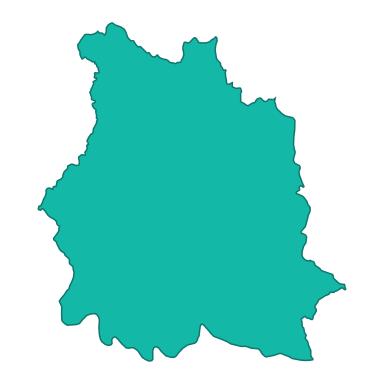 Phu Yen, Son La, Vietnam (Natural Earth projection)
{"feature_id": "81297802B22446045808118", "entity_name": "Phu Yen", "entity_type": "district", "adm_level": 2, "iso_a3": "VNM", "parent_name": "Vietnam", "parent_adm1": "Son La", "projection": "natural_earth1", "projection_center": [104.682, 21.225], "detail": "fine", "context": "isolated", "style": "filled", "palette": "teal", "viewbox_px": 384, "rotation_deg": 0, "n_neighbors": 0, "source": "geoboundaries", "source_scale": "gbopen_adm2", "svg_char_len": 5780}
<svg xmlns="http://www.w3.org/2000/svg" viewBox="0 0 384 384"><path d="M100.4,339.0L101.8,341.7L105.4,344.5L108.6,345.4L111.0,344.8L112.0,343.6L111.8,339.3L113.1,337.7L114.1,337.0L115.9,337.2L118.6,339.9L121.6,343.6L126.2,347.9L128.9,348.2L132.0,347.6L134.2,348.1L137.8,350.7L142.4,357.5L145.5,359.5L148.9,361.0L151.7,360.7L152.8,359.3L152.7,350.6L153.7,347.8L155.1,346.9L157.0,346.9L159.0,348.3L160.9,350.9L165.8,355.8L171.1,357.3L174.1,357.3L176.1,356.1L178.2,353.2L183.0,348.1L187.6,345.0L194.8,343.1L196.2,341.9L197.3,340.2L197.8,338.1L199.0,336.0L200.1,326.7L201.0,324.4L202.6,324.2L203.8,325.2L207.3,329.0L211.3,333.9L213.9,336.4L220.7,338.9L227.1,341.6L230.9,343.9L241.2,346.4L246.4,346.4L250.9,348.1L258.4,348.8L260.1,350.5L262.1,353.8L264.8,356.3L266.1,356.9L273.8,355.4L278.9,353.6L280.8,353.4L288.7,356.5L292.3,358.5L300.0,360.0L305.2,360.5L310.3,360.2L312.8,359.7L312.9,358.8L312.2,358.2L310.8,355.7L310.8,350.7L308.5,345.1L307.6,341.4L305.4,338.7L305.4,337.6L306.2,335.2L304.6,332.9L303.7,328.1L302.8,327.3L302.0,325.2L302.1,323.5L301.9,321.7L301.4,320.4L301.4,318.9L304.7,316.3L307.1,318.1L309.3,318.4L310.9,319.4L312.2,319.5L312.8,318.7L313.3,315.8L314.8,313.8L316.3,310.9L316.3,309.6L314.8,306.9L314.8,306.2L317.7,302.1L318.5,300.0L325.2,295.7L328.9,294.3L330.0,292.4L334.1,292.2L335.1,291.4L336.7,290.9L341.7,287.8L342.4,287.9L344.3,289.4L345.2,289.7L345.7,289.0L345.0,287.3L344.5,284.4L342.0,284.3L339.5,283.7L338.4,282.8L333.7,278.5L333.1,275.7L332.6,274.5L321.9,270.8L320.6,269.7L319.7,268.4L315.1,265.3L314.6,263.5L313.6,261.7L311.4,261.1L310.7,260.5L310.1,260.4L309.0,261.0L306.5,260.5L304.8,259.7L302.8,257.4L302.0,255.6L302.1,252.0L302.7,249.3L303.7,246.1L305.8,242.9L306.6,237.0L305.8,235.4L304.7,234.5L301.4,233.3L301.3,231.6L301.8,230.6L305.1,226.9L306.0,224.5L308.5,214.6L309.9,211.8L310.2,208.1L309.6,206.6L307.8,204.5L306.8,201.3L304.5,198.1L302.7,196.3L298.9,194.4L297.0,193.9L296.1,192.9L296.8,191.7L299.3,190.3L299.6,189.8L299.2,187.5L299.8,186.3L301.0,185.7L303.1,187.1L303.7,187.0L303.9,186.3L302.1,182.4L299.4,174.9L298.9,172.2L299.2,170.7L299.9,169.3L300.2,167.9L299.9,166.4L299.2,165.5L294.8,163.3L293.5,160.7L293.6,158.2L295.0,153.4L295.1,151.7L294.4,149.5L293.5,144.5L293.8,136.9L294.7,129.9L294.9,121.8L294.9,120.7L294.2,119.2L292.5,117.6L285.4,116.0L282.1,113.8L277.3,109.2L276.1,107.2L275.3,103.3L274.5,101.9L275.2,98.2L273.7,99.4L272.4,99.6L268.8,99.2L267.0,101.0L265.8,101.7L264.3,101.3L262.6,100.2L261.1,98.4L260.0,98.0L258.9,98.3L257.3,99.0L256.3,100.0L255.1,102.1L254.4,102.7L252.3,103.1L248.1,105.7L246.7,105.4L244.0,103.4L241.0,102.0L240.7,100.3L240.6,93.2L241.6,91.7L240.7,88.6L240.3,88.1L239.6,88.0L236.0,88.4L232.5,86.9L232.2,86.0L232.4,82.7L228.7,84.3L227.7,84.3L227.1,83.9L226.6,83.0L226.4,80.2L225.6,76.8L225.6,75.3L225.2,72.9L225.9,70.3L225.6,69.9L224.5,70.2L223.1,69.8L222.3,67.8L221.0,66.4L220.3,63.2L219.7,62.3L217.3,60.0L216.4,58.0L215.1,49.9L215.9,44.3L216.8,41.9L217.1,40.4L216.6,37.4L215.6,36.9L214.4,38.2L213.2,39.1L212.1,39.5L209.4,41.9L206.4,42.8L203.1,43.0L198.9,42.7L196.1,38.4L194.9,37.7L194.4,37.8L193.2,38.6L189.5,42.5L188.1,43.0L185.5,42.2L184.6,42.3L184.1,42.7L183.0,46.5L182.9,49.7L183.5,51.6L183.8,54.6L182.7,58.2L181.6,59.6L180.9,61.9L180.2,62.3L177.5,62.5L175.7,63.6L172.5,62.8L170.8,62.8L169.4,62.0L167.8,60.4L165.9,59.5L163.5,59.2L160.3,58.0L159.1,57.1L157.4,55.0L155.0,56.9L153.2,56.9L152.0,56.4L150.8,55.2L149.2,52.8L148.7,52.7L147.6,53.2L146.5,52.6L140.8,46.9L139.8,46.5L138.5,47.0L137.7,46.6L135.3,43.9L133.9,41.3L133.4,40.8L130.8,40.8L127.9,37.8L125.7,31.8L124.3,29.3L120.8,27.0L114.8,24.8L112.8,23.1L111.6,23.0L110.1,23.7L108.3,24.9L107.5,26.0L106.4,27.9L106.1,32.3L105.8,33.2L104.6,35.1L102.1,33.1L99.3,33.0L97.8,31.3L96.6,32.5L94.8,33.7L92.0,34.5L90.9,34.7L87.9,34.4L85.0,34.5L80.7,40.2L79.4,42.7L77.8,44.7L78.1,48.1L78.8,49.8L79.9,51.6L80.0,54.3L80.3,55.5L81.9,58.8L82.3,59.0L83.0,58.7L84.2,57.4L85.0,57.2L86.1,57.6L86.7,58.4L87.5,59.1L90.1,60.3L92.0,61.6L93.2,62.0L94.8,61.8L94.8,63.7L96.4,64.2L96.9,66.4L98.3,68.3L98.3,69.9L99.2,71.8L98.8,72.7L98.1,73.1L95.2,72.7L94.5,73.3L95.0,75.2L94.4,76.8L94.4,77.6L94.7,78.0L96.6,78.2L96.8,78.8L96.2,79.9L93.2,81.8L93.5,83.5L93.4,84.7L92.6,85.9L92.1,87.7L91.2,88.8L91.1,90.2L89.8,92.3L91.5,96.7L91.5,98.9L91.9,99.7L95.4,101.0L95.2,101.9L94.6,102.7L93.1,103.2L92.4,103.8L92.3,105.0L92.7,106.3L94.3,108.5L96.0,109.7L95.8,111.9L96.6,115.6L96.4,118.2L97.5,119.2L97.5,119.7L96.5,121.4L96.6,123.0L93.4,128.9L92.9,132.9L92.3,133.6L91.3,133.9L90.7,134.5L88.4,137.8L88.2,138.7L87.1,140.4L87.2,141.5L88.4,143.7L88.4,144.3L87.1,145.1L86.7,145.7L87.1,148.0L86.9,149.5L84.9,152.2L85.3,154.0L85.1,154.9L84.6,155.2L81.7,154.7L78.8,156.9L78.6,158.3L79.3,161.3L79.4,163.0L78.9,164.8L77.8,165.4L75.7,165.4L72.3,164.2L71.4,164.2L67.8,166.0L67.5,168.6L64.3,171.6L63.2,174.1L62.6,177.2L62.1,178.0L60.3,179.6L59.1,179.9L57.4,180.9L57.0,181.7L56.1,186.4L54.3,186.4L53.1,187.1L52.9,189.2L52.5,189.3L50.1,188.2L49.1,188.1L47.6,188.4L46.5,189.3L46.0,190.8L46.2,193.1L45.0,196.9L43.6,199.1L42.5,202.3L41.3,204.8L40.6,205.9L38.9,206.2L38.3,209.0L38.5,209.5L39.2,209.9L40.7,210.2L42.1,208.8L42.8,208.7L45.0,210.9L48.2,215.5L50.5,217.3L53.4,218.8L55.8,220.7L56.4,221.7L57.1,224.3L58.0,225.4L59.6,226.1L58.9,228.3L58.9,230.0L58.6,231.4L55.3,236.2L53.8,237.9L53.6,239.1L54.1,240.1L56.5,242.0L57.0,244.0L59.7,249.5L61.3,251.2L64.3,253.0L65.1,255.4L68.3,258.0L69.4,259.7L69.4,263.0L70.0,264.2L73.0,266.6L73.1,269.1L74.0,272.0L74.0,272.9L73.5,277.2L72.0,281.3L69.8,285.7L68.8,289.0L66.6,291.0L64.4,294.6L61.2,298.4L59.3,301.2L61.8,306.7L61.6,314.7L61.9,320.3L62.6,321.6L65.1,323.9L67.4,325.2L76.6,324.5L79.6,323.4L82.3,320.0L86.6,315.6L90.4,314.0L95.1,313.6L97.1,314.8L98.9,317.6L99.4,320.4L98.9,327.7L99.4,334.6L100.4,339.0Z" fill="#14b8a6" stroke="#0f766e" stroke-width="1.5"/></svg>